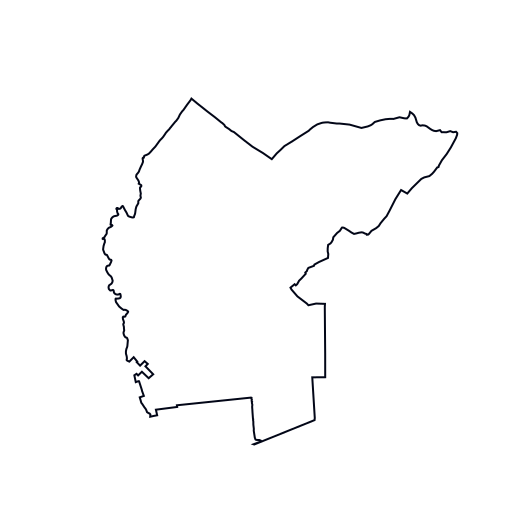 outline of Sanpetru, Brasov, Romania, rotated 19°
{"feature_id": "2599482B44201222248053", "entity_name": "Sanpetru", "entity_type": "district", "adm_level": 2, "iso_a3": "ROU", "parent_name": "Romania", "parent_adm1": "Brasov", "projection": "albers", "projection_center": [25.619, 45.713], "detail": "fine", "context": "isolated", "style": "outline", "palette": "ink", "viewbox_px": 512, "rotation_deg": 19, "n_neighbors": 0, "source": "geoboundaries", "source_scale": "gbopen_adm2", "svg_char_len": 6111}
<svg xmlns="http://www.w3.org/2000/svg" viewBox="0 0 512 512"><g transform="rotate(19 256 256)"><path d="M389.0,77.1L385.7,79.3L383.5,79.7L381.6,79.6L379.3,79.1L375.1,77.8L373.2,77.7L370.9,78.2L369.2,79.2L367.6,79.2L366.2,78.6L364.6,77.3L361.7,73.3L359.6,71.4L357.5,70.4L354.7,69.6L355.1,72.9L354.9,74.4L354.3,76.0L353.9,76.8L351.6,77.5L346.5,78.1L341.4,81.6L337.8,82.8L334.0,84.5L329.3,87.3L324.8,90.5L324.4,91.1L323.1,93.5L321.9,95.0L319.5,97.1L314.0,100.6L301.7,101.3L292.1,103.5L289.5,104.4L282.4,105.9L280.7,106.1L278.1,107.1L275.7,108.2L274.6,108.9L271.1,111.6L267.9,115.5L265.8,118.9L265.1,120.4L259.0,128.0L253.3,135.3L247.1,142.8L244.6,147.8L242.2,152.2L239.4,159.3L239.0,159.2L229.1,156.4L217.1,153.8L207.3,150.5L194.8,146.0L192.1,145.8L189.1,144.7L185.0,143.7L184.3,143.3L183.8,142.7L183.2,142.3L180.7,141.2L180.0,141.1L171.8,138.1L163.3,135.3L150.8,130.9L143.7,128.2L143.4,129.9L141.6,135.4L139.8,141.7L139.1,143.2L138.0,147.0L137.6,150.8L136.9,153.1L136.5,154.3L136.0,155.2L134.0,160.6L133.8,161.1L133.6,161.9L133.2,162.7L132.7,164.4L131.7,166.4L131.5,166.9L130.7,168.8L130.3,170.5L129.4,173.7L128.5,175.9L128.0,176.8L127.3,178.5L125.2,185.4L123.6,188.9L122.6,191.5L121.4,194.1L120.3,195.4L117.9,197.5L117.7,198.1L117.9,199.0L117.9,199.6L117.8,199.8L117.1,200.0L117.0,200.4L117.1,200.9L118.3,203.1L118.5,204.1L118.4,206.4L118.1,208.7L117.8,212.1L117.8,214.2L117.5,215.5L116.7,217.5L116.5,218.3L116.6,218.9L116.8,220.0L117.1,220.5L117.7,221.0L120.1,222.8L121.0,223.8L121.7,225.0L121.6,225.8L124.1,226.3L124.5,226.5L124.7,226.9L124.8,227.3L124.8,227.7L124.1,228.8L124.1,229.2L124.3,229.8L125.1,231.6L126.3,233.7L126.7,234.3L127.1,236.6L128.1,238.3L128.1,238.9L128.0,239.5L126.9,241.9L126.9,242.4L127.0,243.0L127.5,244.3L127.5,244.6L127.5,244.9L127.3,245.5L127.1,246.8L126.9,247.5L126.8,248.6L127.0,250.9L127.8,254.8L127.9,256.1L127.8,257.5L127.9,259.1L127.4,259.5L127.0,259.7L126.0,259.9L123.3,260.0L122.2,259.8L121.8,259.6L119.4,257.1L117.0,255.1L114.2,252.4L113.9,252.2L113.5,252.2L112.9,253.1L112.6,254.7L112.0,255.6L111.0,256.1L110.7,256.2L109.7,255.7L109.4,255.7L108.9,255.9L108.7,256.1L108.6,256.5L108.6,256.9L109.5,257.5L110.0,258.7L110.2,259.2L111.2,260.6L112.0,261.1L112.2,261.3L112.3,261.7L112.1,262.3L111.5,263.0L111.1,263.3L109.0,264.5L108.2,265.3L107.5,266.4L107.1,267.6L107.0,268.2L107.1,268.9L107.9,271.8L108.2,273.5L108.4,273.8L108.6,273.8L109.2,273.5L109.7,273.6L110.0,273.7L110.3,274.0L110.1,274.5L109.4,275.6L107.6,277.3L106.9,278.8L106.6,280.4L106.9,281.4L107.4,282.9L107.5,283.5L107.4,284.2L106.9,285.8L106.6,287.4L106.2,288.1L105.3,289.1L105.3,289.3L105.4,289.7L105.7,289.8L106.4,289.3L106.7,289.2L107.0,289.3L107.3,289.4L108.0,290.4L108.6,292.2L108.5,293.5L108.6,296.1L109.2,299.2L109.4,299.8L111.8,302.7L112.2,303.1L113.0,303.6L113.5,303.7L114.2,303.5L114.8,303.6L117.1,305.8L118.3,306.8L118.8,307.0L119.6,306.8L120.3,306.8L120.8,307.2L120.9,307.5L120.9,308.0L120.9,309.1L120.5,312.4L120.2,312.9L119.5,313.1L118.5,313.9L118.2,314.6L118.1,315.2L118.2,316.3L118.4,317.0L118.8,317.9L120.7,319.8L122.3,321.1L123.4,321.7L125.5,322.5L126.6,323.4L128.5,326.0L128.7,327.2L128.6,328.2L128.3,329.3L126.7,331.5L126.6,332.6L126.8,333.7L127.3,334.6L127.6,335.1L129.2,336.0L129.7,336.0L130.0,335.9L131.4,334.9L131.7,334.7L132.2,334.7L132.5,334.9L132.8,335.3L133.6,336.8L134.1,337.2L135.5,337.8L136.5,337.8L137.8,337.5L138.3,337.3L139.4,336.2L139.6,336.1L140.0,336.1L140.3,336.4L141.2,338.0L141.4,338.8L141.4,339.5L141.2,339.9L140.9,340.3L139.4,341.2L138.1,341.7L137.4,341.8L137.2,342.1L137.2,342.4L137.7,343.7L138.7,345.2L143.0,348.3L144.0,348.7L146.1,349.5L148.3,350.1L149.3,349.6L150.4,349.4L152.1,349.7L153.1,350.1L153.3,350.4L153.2,351.0L153.0,351.9L152.5,353.1L152.2,353.7L152.1,354.8L152.1,355.7L151.8,356.0L151.3,356.3L150.6,356.4L150.3,356.5L150.0,357.2L150.1,357.6L150.8,359.1L151.4,359.8L152.2,360.8L152.7,361.6L152.9,362.4L152.7,363.2L152.8,363.9L153.1,364.4L154.2,366.1L154.9,367.9L155.5,369.0L155.6,369.5L155.6,371.1L155.7,371.7L156.0,372.4L156.9,373.7L157.6,374.4L158.5,375.1L159.2,375.4L160.2,375.3L160.9,375.6L162.3,377.4L163.7,383.1L163.8,384.4L163.7,385.9L164.0,388.3L164.6,390.1L164.9,390.8L166.1,392.5L166.8,393.7L167.4,395.2L167.4,395.9L167.6,396.5L167.9,396.7L168.6,396.9L170.6,397.1L173.3,391.5L178.1,394.5L177.8,395.2L182.1,397.4L184.9,391.7L188.8,393.3L187.4,396.3L197.3,401.3L194.3,406.5L185.8,402.6L183.4,407.3L181.4,406.3L179.8,408.4L183.4,414.4L185.1,413.0L185.9,412.5L186.2,412.5L191.6,419.7L192.2,420.7L195.5,424.8L192.1,427.5L194.3,430.6L195.3,432.1L196.7,433.0L199.9,435.5L201.2,436.3L202.4,437.4L203.8,439.1L205.8,439.6L206.5,439.5L207.7,440.2L208.3,442.4L211.4,440.5L214.4,438.8L211.4,433.9L230.6,424.4L229.8,422.9L297.4,391.5L297.8,391.5L297.8,391.9L298.0,392.4L298.7,392.8L298.8,393.0L299.0,394.4L299.1,394.6L299.8,395.1L299.8,395.8L299.9,396.2L301.0,397.9L301.4,399.7L301.8,400.7L302.5,402.3L303.6,405.0L306.0,410.6L306.5,411.2L306.5,411.8L307.4,413.5L308.4,416.3L310.3,420.3L310.6,421.5L311.0,422.4L314.0,428.1L315.2,429.6L315.9,429.8L316.5,429.7L319.1,428.9L320.6,429.0L321.6,429.3L315.0,434.8L315.7,434.8L364.8,392.1L364.3,390.0L348.7,352.4L360.9,348.1L353.3,326.1L337.6,281.7L336.8,278.8L328.3,281.4L321.6,285.5L319.5,284.4L308.3,280.7L300.4,276.1L298.9,274.7L301.7,270.1L303.2,270.8L304.1,269.2L304.8,265.3L306.2,262.6L308.8,256.6L308.0,255.6L309.0,253.7L309.0,252.1L309.4,250.2L314.0,246.4L314.0,245.1L317.6,241.1L324.7,234.4L323.7,230.6L322.3,228.4L321.3,225.4L320.6,222.0L322.3,219.9L322.9,218.4L323.4,215.6L323.0,213.1L325.2,207.8L327.1,204.9L328.0,201.2L328.8,200.8L330.3,200.7L335.7,201.9L338.5,202.7L341.5,203.2L343.5,202.0L345.7,200.5L348.2,199.2L349.6,199.0L351.8,199.3L353.4,199.2L353.8,199.8L354.9,199.4L355.5,198.6L357.0,194.6L360.5,190.6L362.3,187.7L363.1,184.4L365.1,179.0L366.5,175.9L367.5,169.8L369.3,156.8L371.7,146.4L378.7,147.7L381.3,141.1L387.2,129.3L389.5,126.9L393.9,124.0L395.8,120.9L396.9,118.3L398.5,113.3L399.6,112.5L399.5,110.9L400.6,104.9L403.1,97.5L404.9,89.9L406.6,79.6L406.7,75.9L406.3,74.3L404.7,73.4L402.1,74.8L399.0,74.7L395.8,77.0L391.2,78.5L389.0,77.1Z" fill="none" stroke="#020617" stroke-width="2"/></g></svg>